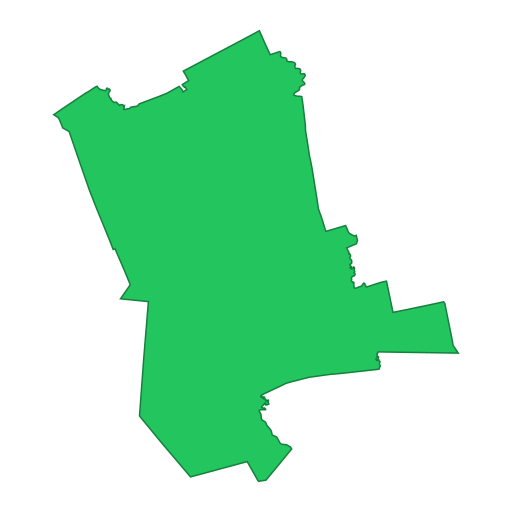 the district of Orbeasca, Teleorman, Romania
{"feature_id": "2599482B32286480268164", "entity_name": "Orbeasca", "entity_type": "district", "adm_level": 2, "iso_a3": "ROU", "parent_name": "Romania", "parent_adm1": "Teleorman", "projection": "orthographic", "projection_center": [25.351, 44.113], "detail": "fine", "context": "isolated", "style": "filled", "palette": "green", "viewbox_px": 512, "rotation_deg": 0, "n_neighbors": 0, "source": "geoboundaries", "source_scale": "gbopen_adm2", "svg_char_len": 5833}
<svg xmlns="http://www.w3.org/2000/svg" viewBox="0 0 512 512"><path d="M257.6,480.0L258.5,481.3L265.9,480.2L275.0,469.3L288.5,452.8L291.7,449.0L290.5,447.0L286.5,444.7L281.5,444.2L280.2,443.3L276.7,437.0L272.2,435.0L271.4,431.2L270.4,429.5L266.8,425.3L265.6,422.2L261.5,419.5L260.9,414.1L259.1,410.8L260.4,409.7L265.6,409.7L265.6,409.2L264.6,408.0L264.3,408.0L264.1,408.2L264.0,408.5L263.6,408.5L263.2,408.3L262.9,407.8L261.8,407.6L261.7,407.4L261.6,407.2L261.7,406.8L262.2,406.2L263.1,405.3L263.6,404.6L263.9,404.4L264.1,404.1L264.3,403.4L265.1,402.9L265.5,403.0L265.3,403.9L265.3,404.2L265.4,404.8L265.6,405.0L267.1,404.8L268.0,404.4L268.7,404.3L268.8,404.0L268.8,403.8L268.2,402.6L268.3,402.0L267.8,401.5L267.8,401.3L267.9,401.2L268.4,400.9L268.5,400.8L268.3,400.4L268.3,400.1L268.0,400.1L266.5,401.0L266.1,401.0L265.9,400.8L265.7,400.5L266.2,400.2L266.2,399.9L265.6,399.5L265.1,398.8L263.8,398.9L263.6,398.8L263.4,398.7L263.7,398.2L264.6,397.6L264.6,397.3L264.5,397.2L264.2,397.1L263.9,396.9L263.7,396.9L263.3,397.1L263.0,397.5L262.8,397.6L262.6,397.4L262.3,396.9L262.1,396.8L261.9,396.9L261.8,397.3L261.1,397.3L260.9,397.1L260.8,396.9L261.2,396.3L261.1,395.8L261.1,395.4L261.8,395.3L262.0,394.7L263.0,394.6L263.2,394.2L282.2,385.2L283.1,384.8L283.1,384.7L284.1,384.3L286.1,383.3L292.1,381.6L296.3,380.6L301.8,379.1L304.0,378.6L306.6,377.9L307.4,377.8L307.7,377.5L324.0,375.2L332.3,374.1L333.0,374.2L346.9,372.8L379.0,369.2L379.6,367.7L379.7,366.8L380.2,366.2L380.2,365.6L379.8,364.8L379.5,363.7L379.5,363.0L379.8,362.3L380.0,361.4L379.1,360.9L378.9,360.4L378.9,359.7L378.4,359.0L378.1,359.1L377.7,359.8L377.4,360.4L377.0,360.6L376.6,360.4L376.0,359.2L376.0,358.7L376.3,358.3L377.3,357.8L377.9,357.9L378.6,357.2L378.6,356.9L378.4,356.7L377.2,356.5L377.0,356.3L376.9,356.1L377.2,355.5L377.3,355.0L376.9,353.9L377.0,353.4L377.2,353.2L377.9,352.9L377.9,352.2L378.2,351.9L458.3,353.1L453.1,345.4L452.6,342.3L451.4,335.9L444.8,303.4L443.6,301.8L426.0,305.6L393.0,312.4L386.5,281.1L382.4,282.0L378.5,283.1L366.9,286.9L366.2,286.8L365.9,286.5L365.8,286.3L365.7,285.6L365.1,284.9L364.9,284.0L364.5,283.3L364.3,283.2L363.9,283.1L363.5,283.2L363.3,283.5L362.6,284.6L362.4,284.8L361.7,285.9L361.4,286.1L359.5,286.8L359.0,286.9L356.0,288.2L355.0,288.1L354.1,287.8L354.0,285.7L353.9,285.2L353.8,284.1L353.9,283.7L353.9,282.5L353.6,282.2L353.5,282.3L353.3,282.6L353.1,282.6L352.6,282.3L352.3,281.8L351.4,280.9L351.4,280.5L351.7,279.2L351.4,278.1L351.8,277.4L351.7,277.1L351.8,276.9L352.8,276.2L353.8,276.1L354.2,275.9L354.7,275.2L355.1,274.2L355.1,273.9L355.0,273.6L354.2,273.1L354.0,272.7L354.1,272.4L354.6,272.0L354.7,271.7L354.6,271.0L354.3,270.8L354.2,270.6L354.3,269.4L354.5,268.7L354.4,267.8L354.3,267.5L354.0,267.1L353.5,267.0L353.4,267.1L353.2,267.3L353.4,268.2L353.2,268.5L351.1,268.8L350.6,268.6L350.3,268.2L350.1,267.7L351.4,267.3L351.6,267.0L351.6,266.8L351.4,266.6L350.8,266.2L350.1,265.3L349.9,264.9L349.9,264.5L350.0,264.2L350.8,264.0L351.0,263.9L351.5,263.2L351.8,262.9L351.8,261.9L351.6,260.2L351.4,259.8L350.9,259.4L350.1,258.9L350.0,258.7L349.9,258.5L349.8,257.8L350.1,257.0L350.6,256.1L350.6,255.7L350.6,255.4L350.3,254.6L349.8,253.9L349.6,253.8L349.0,254.0L348.8,253.9L348.7,253.6L348.9,252.8L348.8,251.8L348.5,251.4L348.2,251.2L346.7,247.9L356.5,243.7L357.5,240.4L356.2,235.3L354.7,236.1L352.1,234.9L350.3,233.9L349.2,233.2L348.1,231.6L347.6,230.0L345.6,225.5L325.8,231.4L322.3,219.9L320.8,215.3L320.2,213.9L318.4,208.7L316.7,197.2L312.1,168.6L310.6,160.8L309.4,155.4L307.8,144.6L305.5,130.5L305.4,125.5L303.2,106.5L301.8,96.6L300.4,96.3L297.5,96.2L295.2,95.7L294.1,95.3L293.8,95.1L293.8,94.6L294.0,93.9L294.6,93.0L295.9,92.0L298.1,90.9L299.4,89.7L299.6,89.0L299.6,88.7L299.4,88.1L299.6,87.7L299.7,87.3L299.9,87.0L302.1,85.5L302.7,85.1L303.8,84.8L304.4,84.6L304.8,84.1L304.8,83.7L304.2,82.5L304.0,82.4L303.8,82.1L303.2,81.7L302.9,81.2L302.4,80.6L302.4,80.3L302.4,79.9L302.7,79.0L303.9,77.9L304.4,76.9L305.0,76.1L305.1,75.8L305.2,75.4L305.1,74.7L304.6,74.0L304.4,73.8L304.1,73.7L302.1,74.0L300.8,73.9L300.4,73.4L300.2,72.6L300.4,71.6L300.7,71.0L300.7,70.6L300.3,69.5L299.7,68.8L297.7,68.4L295.8,68.4L295.5,68.4L295.3,68.2L295.0,67.7L294.8,67.1L295.0,65.6L295.0,65.3L295.4,64.8L295.5,64.5L295.4,63.9L294.7,62.9L294.3,62.6L292.1,61.8L291.6,61.7L288.4,61.7L287.7,61.3L287.0,61.1L286.9,60.9L286.8,60.5L286.8,59.4L286.7,59.0L286.3,58.4L285.3,57.9L283.0,57.6L281.7,57.2L280.6,56.5L280.5,56.2L280.8,53.3L280.6,52.5L280.2,51.8L280.1,51.7L279.6,51.6L279.0,51.8L270.2,54.7L265.4,44.4L259.4,30.7L246.4,37.7L183.3,71.1L184.0,72.4L185.6,75.0L188.7,80.6L182.3,84.5L183.2,85.9L183.4,85.8L184.5,87.4L185.2,87.0L186.8,89.6L183.0,91.9L182.1,89.8L179.1,86.4L166.8,93.3L159.9,96.1L139.7,103.7L138.7,104.4L137.7,105.9L135.7,106.6L134.8,106.4L130.6,107.3L129.6,108.4L128.1,108.9L126.9,108.9L125.7,109.3L123.8,109.4L124.3,106.1L124.2,106.2L123.6,106.3L123.5,105.7L123.1,105.0L122.6,104.8L120.9,104.6L120.4,105.1L119.4,105.4L119.2,105.2L119.0,104.7L117.8,103.8L117.0,102.7L116.5,102.3L115.9,102.2L114.7,102.3L114.2,102.6L112.5,101.1L111.8,100.7L111.1,99.8L111.0,99.5L111.1,98.7L110.9,98.4L110.0,98.0L109.7,97.6L109.3,96.4L108.8,95.6L108.5,94.2L108.5,93.3L108.8,92.9L109.2,91.9L109.9,91.2L110.1,90.6L110.0,89.8L109.7,89.4L109.1,89.0L108.9,89.1L108.8,89.3L108.4,89.3L108.2,89.1L107.7,88.3L107.0,88.1L106.8,88.2L106.5,88.6L106.3,89.8L106.2,90.1L105.9,90.5L105.5,90.7L104.4,90.4L102.7,90.3L101.8,89.7L100.4,89.5L99.9,89.3L98.9,88.4L97.9,87.6L97.1,86.3L96.6,86.4L95.7,86.8L88.1,91.8L86.7,92.6L86.1,92.8L62.3,108.8L53.7,114.7L57.3,117.0L57.9,117.4L58.8,118.4L61.2,123.9L62.7,127.9L68.9,131.4L69.4,132.3L78.1,157.7L89.3,189.9L96.3,207.8L108.9,238.5L113.2,249.5L115.0,248.8L123.4,268.1L130.3,284.7L120.5,298.8L148.4,301.6L143.7,358.8L139.5,416.0L160.9,442.0L190.5,476.9L247.2,461.6L257.6,480.0Z" fill="#22c55e" stroke="#15803d" stroke-width="1.5"/></svg>